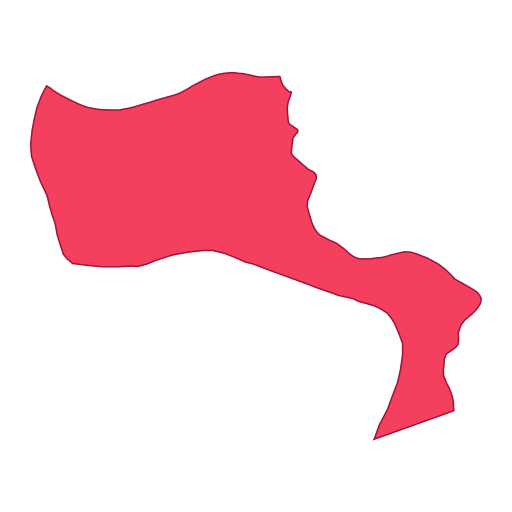 Athens, Saint Lucia
{"feature_id": "8701671B88292249499058", "entity_name": "Athens", "entity_type": "district", "adm_level": 2, "iso_a3": "LCA", "parent_name": "Saint Lucia", "parent_adm1": "", "projection": "robinson", "projection_center": [-60.892, 13.905], "detail": "fine", "context": "isolated", "style": "filled", "palette": "rose", "viewbox_px": 512, "rotation_deg": 0, "n_neighbors": 0, "source": "geoboundaries", "source_scale": "gbopen_adm2", "svg_char_len": 4544}
<svg xmlns="http://www.w3.org/2000/svg" viewBox="0 0 512 512"><path d="M46.5,85.9L41.3,96.0L36.8,108.0L33.9,120.6L32.2,129.9L30.7,143.5L31.0,150.8L31.6,156.5L35.7,169.1L40.3,181.1L45.0,191.1L47.3,196.4L49.6,206.3L52.3,215.3L55.2,223.9L57.2,234.9L61.3,247.9L63.3,254.2L67.1,258.8L69.8,261.1L72.6,263.5L88.6,265.5L102.9,266.8L117.7,266.8L131.4,266.1L134.9,266.3L137.8,266.5L146.8,264.1L156.4,260.2L168.6,256.2L170.4,255.7L174.7,254.5L183.4,253.0L189.9,251.9L203.8,250.5L212.9,250.5L224.2,253.2L232.1,256.3L234.4,257.2L235.8,257.8L245.7,262.2L251.4,263.5L252.7,263.8L253.5,264.1L270.2,270.5L291.1,278.1L297.9,280.6L310.0,285.1L320.5,289.1L325.1,290.6L331.3,292.7L336.5,294.7L338.3,295.4L352.5,298.4L358.6,301.4L364.8,303.1L374.0,305.7L379.6,308.3L385.3,311.8L387.1,313.0L389.4,315.8L391.2,318.0L393.0,320.8L394.7,323.6L397.0,329.1L398.8,333.3L402.6,343.6L402.6,354.5L400.5,369.5L397.6,382.4L395.7,387.3L390.9,400.0L387.4,409.7L379.6,424.3L374.6,438.0L374.0,439.3L453.8,410.7L453.9,409.5L453.6,408.3L453.5,403.7L453.4,402.5L453.3,401.8L452.3,396.5L450.3,390.8L449.0,387.6L446.5,383.0L443.6,375.7L443.3,370.1L444.0,365.0L444.0,363.2L444.4,359.1L446.2,354.1L453.0,349.3L455.4,347.7L458.0,344.7L458.6,339.7L458.3,332.7L461.0,325.0L465.1,319.7L472.6,313.5L476.9,309.0L480.3,303.8L481.3,298.9L480.0,295.8L476.8,291.9L471.6,288.6L461.0,282.5L455.1,279.3L452.7,276.7L447.4,271.4L445.1,269.3L440.3,265.5L438.1,263.9L426.9,257.9L416.9,254.0L410.8,252.2L408.3,252.0L404.1,251.8L398.5,253.1L391.6,254.8L385.6,256.6L381.1,257.6L376.8,257.9L371.6,258.6L369.6,258.9L360.9,258.9L359.1,258.6L356.6,258.1L352.5,256.0L348.9,253.3L346.9,251.4L343.9,248.7L339.7,245.6L336.8,243.5L335.2,242.6L329.3,240.1L324.0,237.2L320.7,235.6L318.5,233.9L316.3,231.3L314.4,228.4L312.7,224.7L311.4,221.3L307.8,208.8L307.1,205.3L307.6,201.0L309.5,196.4L310.6,193.7L313.8,184.9L316.3,178.6L316.1,174.9L314.5,173.0L313.2,171.8L308.4,169.4L304.5,166.1L301.9,163.9L298.0,160.3L295.2,158.1L292.3,155.0L291.3,152.9L292.0,145.3L293.0,138.1L295.8,134.1L297.5,132.4L297.9,131.0L297.5,129.6L295.3,128.1L291.5,125.5L289.4,124.2L288.3,121.5L287.6,113.9L287.2,108.0L287.7,104.9L288.2,101.6L289.4,98.4L290.8,94.6L291.5,92.1L288.6,91.4L287.3,90.1L285.8,88.9L282.6,84.9L282.1,83.7L281.2,81.4L281.1,80.9L279.9,76.6L279.2,76.5L278.1,76.5L260.3,77.2L259.0,76.9L257.9,76.7L256.8,76.6L255.5,76.4L254.3,76.0L252.5,75.7L251.3,75.4L250.0,75.1L248.4,74.7L247.9,74.6L247.2,74.5L246.0,74.2L244.4,73.9L243.9,73.8L243.3,73.7L242.5,73.6L241.6,73.5L240.4,73.4L239.8,73.4L238.9,73.3L237.4,73.2L235.7,72.9L234.4,72.7L233.1,72.7L231.7,72.7L230.6,72.7L229.3,72.8L228.2,72.9L227.0,73.1L225.8,73.2L224.2,73.3L222.5,73.6L221.5,73.8L219.7,74.1L218.3,74.4L217.7,74.6L217.0,74.8L215.9,75.1L215.3,75.3L213.8,75.8L212.7,76.3L211.3,76.8L210.0,77.3L209.3,77.6L207.7,78.3L206.4,78.7L205.0,79.4L204.4,79.7L203.8,80.0L202.9,80.4L202.4,80.7L200.9,81.5L200.2,81.9L199.0,82.5L197.5,83.3L196.5,83.8L195.1,84.5L194.5,84.9L193.8,85.3L193.1,85.6L192.7,85.9L191.7,86.4L190.6,87.1L189.5,87.8L188.8,88.2L188.0,88.7L187.2,89.2L186.1,89.8L185.0,90.4L183.5,91.2L182.4,91.8L180.8,92.6L179.8,93.1L178.1,93.8L177.6,94.0L177.1,94.2L175.5,94.7L174.7,95.0L173.4,95.4L172.1,95.7L170.6,96.1L170.0,96.3L169.2,96.6L168.2,96.8L167.0,97.1L164.5,97.9L163.0,98.3L161.5,98.7L159.5,99.2L158.6,99.5L158.1,99.7L156.4,100.2L154.5,100.8L153.1,101.2L151.5,101.8L150.8,102.0L150.3,102.2L148.9,102.6L146.9,103.1L146.2,103.3L144.7,103.7L144.0,103.9L142.7,104.3L141.3,104.7L139.6,105.2L138.3,105.7L136.5,106.2L135.2,106.5L134.0,106.9L133.5,107.1L132.0,107.5L131.1,107.7L129.7,108.0L128.1,108.3L127.3,108.4L126.1,108.7L124.7,108.9L123.4,109.1L122.3,109.4L121.1,109.7L119.9,109.8L119.3,109.9L118.7,110.0L118.0,110.0L117.2,110.0L116.4,110.0L115.2,110.0L113.7,110.0L112.9,110.0L111.4,110.0L110.5,110.0L109.4,109.9L108.9,109.9L107.8,109.9L106.9,109.8L106.2,109.8L105.4,109.8L104.0,109.8L102.8,109.7L101.5,109.7L99.9,109.4L98.6,109.4L98.1,109.3L97.5,109.2L97.0,109.2L95.6,109.0L94.1,108.7L93.2,108.5L92.4,108.3L91.7,108.2L90.5,108.0L89.2,107.8L88.6,107.6L88.0,107.5L87.2,107.3L86.4,107.0L85.5,106.7L84.9,106.5L84.1,106.2L83.4,105.9L82.2,105.5L80.9,105.0L80.1,104.7L79.4,104.4L78.9,104.1L78.3,103.9L77.1,103.3L76.5,103.0L75.9,102.7L75.4,102.5L74.6,102.2L73.7,101.7L73.1,101.4L72.5,101.1L71.1,100.4L69.9,99.8L69.3,99.5L68.7,99.2L68.2,99.0L67.1,98.4L66.1,97.9L64.6,97.1L63.6,96.6L63.0,96.3L62.1,95.8L61.6,95.6L60.9,95.2L60.1,94.8L59.2,94.2L55.8,92.1L55.0,91.6L52.0,89.7L51.5,89.1L51.1,88.5L49.8,87.8L49.1,87.4L46.5,85.9Z" fill="#f43f5e" stroke="#9f1239" stroke-width="1.5"/></svg>